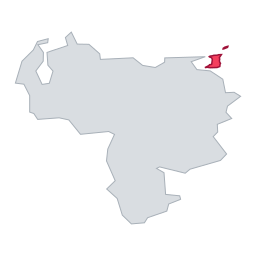 Trinidad and Tobago highlighted, Mercator projection
{"feature_id": "TTO", "entity_name": "Trinidad and Tobago", "entity_type": "country or territory", "adm_level": 0, "iso_a3": "TTO", "parent_name": "North America", "parent_adm1": "", "projection": "mercator", "projection_center": [-61.19, 10.695], "detail": "fine", "context": "with_neighbors", "style": "filled", "palette": "rose", "viewbox_px": 256, "rotation_deg": 0, "n_neighbors": 1, "source": "natural_earth", "source_scale": "50m", "svg_char_len": 1423}
<svg xmlns="http://www.w3.org/2000/svg" viewBox="0 0 256 256"><path d="M213.2,136.6L226.6,154.0L220.5,160.4L190.0,169.2L185.2,173.2L159.6,166.9L156.5,168.4L164.0,172.7L165.6,194.4L179.7,195.8L180.6,199.3L168.7,204.0L166.8,211.1L147.6,217.7L144.4,222.8L131.4,223.9L122.3,215.1L117.2,198.5L106.7,189.0L115.2,180.7L106.5,160.9L107.8,149.0L114.5,134.4L108.7,131.5L80.5,134.3L68.8,119.9L59.1,117.8L37.7,119.4L33.8,113.5L29.7,112.1L29.7,95.6L23.9,84.2L15.4,83.1L22.0,61.2L33.3,50.0L37.5,41.5L48.2,38.7L47.7,42.7L37.9,44.7L43.4,52.4L43.2,61.2L35.8,71.0L42.1,84.4L49.3,83.3L53.0,71.1L47.9,65.2L47.0,52.4L67.7,45.5L65.4,37.5L71.3,32.1L77.2,44.1L88.9,44.3L99.7,53.8L100.4,59.4L133.1,57.8L142.6,65.4L155.3,67.5L164.6,62.2L164.8,57.9L205.3,56.7L191.2,61.7L196.9,69.6L210.2,70.9L222.8,79.2L225.5,92.7L234.1,92.3L240.6,96.3L227.5,106.1L226.0,112.3L231.7,118.5L217.3,124.3L217.7,132.0L213.2,136.6Z" fill="#d9dde1" stroke="#a8b0b8" stroke-width="1"/><path d="M219.8,66.5L217.1,67.5L210.1,67.7L207.2,67.3L204.9,67.6L209.0,65.5L209.5,64.7L211.2,64.5L211.7,64.2L212.3,59.7L212.0,58.6L211.7,58.0L211.0,57.5L209.4,56.9L209.2,56.6L210.1,56.1L212.3,55.8L213.8,55.3L217.1,55.2L218.7,54.7L221.4,54.6L220.0,56.7L219.4,57.4L219.7,59.3L219.4,60.6L219.7,62.2L220.5,63.3L220.0,64.4L219.9,65.9L219.8,66.5ZM224.0,48.8L223.1,49.0L223.2,48.3L224.8,47.2L227.3,46.4L227.9,46.3L227.5,47.4L224.0,48.8Z" fill="#f43f5e" stroke="#9f1239" stroke-width="1.5"/></svg>